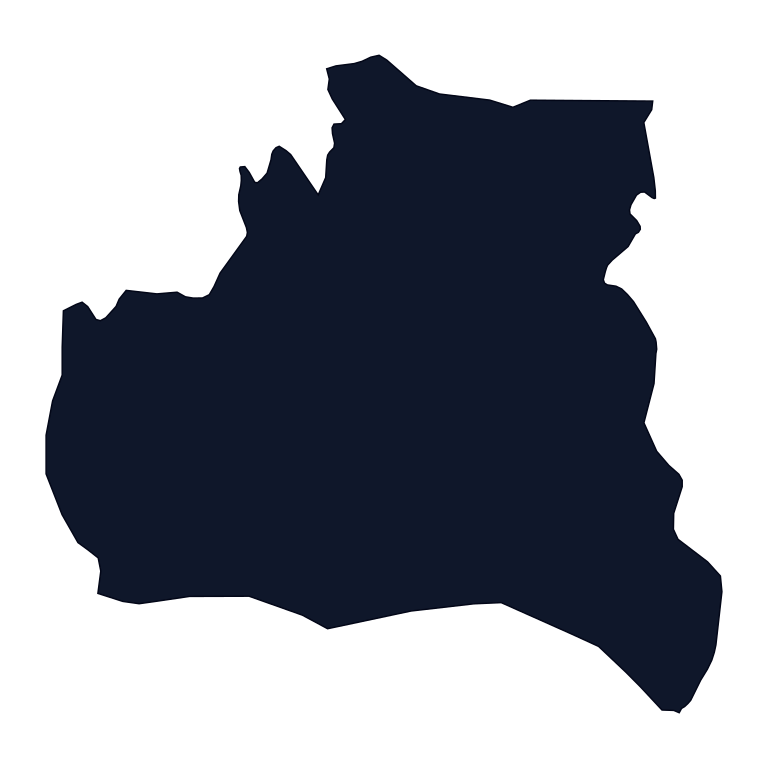 outline of Mayabeque
{"feature_id": "CUB-5489", "entity_name": "Mayabeque", "entity_type": "Province", "adm_level": 1, "iso_a3": "CUB", "parent_name": "Cuba", "parent_adm1": "", "projection": "equal_earth", "projection_center": [-81.981, 22.888], "detail": "fine", "context": "isolated", "style": "filled", "palette": "ink", "viewbox_px": 768, "rotation_deg": 0, "n_neighbors": 0, "source": "natural_earth", "source_scale": "10m", "svg_char_len": 2024}
<svg xmlns="http://www.w3.org/2000/svg" viewBox="0 0 768 768"><path d="M326.7,68.8L336.0,65.9L354.2,63.6L362.1,61.3L370.7,57.2L379.1,55.3L386.8,60.1L416.2,85.8L439.5,94.0L489.7,100.1L512.9,107.3L530.4,100.2L652.7,101.1L651.7,109.7L643.8,122.5L653.8,177.5L655.3,190.8L655.4,198.1L654.2,198.5L652.1,197.6L644.6,192.0L640.6,192.2L636.5,195.1L631.0,204.7L629.5,209.9L630.0,213.9L636.7,220.6L640.1,226.3L640.3,229.3L638.4,232.3L635.4,233.9L628.1,246.5L612.2,260.1L607.8,264.9L607.4,265.6L606.5,267.7L605.3,271.6L603.3,279.7L604.5,283.1L607.3,284.9L616.0,286.2L621.7,289.0L627.4,294.5L633.5,301.6L646.3,322.1L655.4,338.7L656.1,342.1L656.7,349.2L655.9,353.5L654.0,383.6L643.9,422.8L656.7,451.3L668.8,465.4L678.9,474.3L682.2,480.2L682.2,486.7L673.7,513.3L673.4,529.3L678.0,539.3L707.6,561.9L720.4,576.0L721.9,591.7L715.9,644.9L714.3,652.3L711.8,660.1L707.4,669.2L700.7,680.1L690.7,700.3L688.0,703.4L684.6,706.6L682.0,708.1L681.3,708.8L680.4,710.5L679.2,712.7L673.8,710.4L662.0,710.0L640.5,686.9L625.7,672.0L598.6,646.4L571.1,633.8L501.2,602.6L473.8,603.8L411.0,611.0L327.6,628.7L302.3,615.1L249.1,596.2L189.5,596.4L156.2,601.3L139.1,603.7L122.8,601.4L97.9,593.4L100.8,571.1L98.2,557.9L87.9,549.8L78.0,542.6L62.1,514.7L46.1,473.9L46.1,435.2L52.6,400.9L62.2,375.1L62.2,347.2L63.4,310.8L76.2,304.4L82.1,302.2L87.7,306.6L96.0,319.5L100.4,320.7L105.8,317.8L116.1,306.4L119.2,299.1L126.2,290.4L156.9,293.9L177.1,292.2L185.4,296.8L193.2,298.1L202.5,298.0L209.3,294.7L214.0,286.6L220.1,273.1L246.7,236.3L247.4,232.5L246.4,227.5L239.8,210.6L238.6,201.4L238.8,194.7L240.8,185.8L241.3,180.6L241.2,175.4L240.0,171.4L239.5,168.5L240.3,167.0L244.8,166.6L249.2,172.4L254.7,182.3L257.4,182.8L262.0,179.0L267.1,173.1L271.0,159.9L271.8,154.3L273.2,150.9L276.0,147.7L279.2,146.3L286.1,150.7L290.7,154.6L318.2,194.9L325.7,177.6L326.8,159.8L327.7,155.1L329.6,152.1L333.9,147.7L334.6,143.2L332.5,133.7L332.1,127.8L334.0,124.1L341.4,123.7L345.4,119.5L332.3,99.0L327.9,89.5L329.3,79.0L326.7,68.8Z" fill="#0f172a" stroke="#020617" stroke-width="1.5"/></svg>